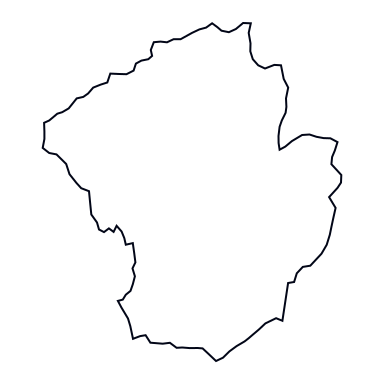 Quadra, São Paulo, Brazil (Equal Earth projection)
{"feature_id": "56859067B31751698362757", "entity_name": "Quadra", "entity_type": "district", "adm_level": 2, "iso_a3": "BRA", "parent_name": "Brazil", "parent_adm1": "São Paulo", "projection": "equal_earth", "projection_center": [-48.041, -23.303], "detail": "fine", "context": "isolated", "style": "outline", "palette": "ink", "viewbox_px": 384, "rotation_deg": 0, "n_neighbors": 0, "source": "geoboundaries", "source_scale": "gbopen_adm2", "svg_char_len": 1718}
<svg xmlns="http://www.w3.org/2000/svg" viewBox="0 0 384 384"><path d="M250.8,23.3L243.1,23.0L235.9,29.0L228.9,32.2L221.5,30.7L217.3,27.1L212.1,23.3L206.1,27.6L199.4,29.4L192.0,32.9L180.6,39.2L173.6,39.2L167.0,42.3L160.5,41.6L153.8,42.2L150.8,50.0L152.1,55.9L148.3,59.2L141.4,60.6L135.9,63.6L133.6,70.6L126.5,74.2L119.3,74.0L110.3,73.6L107.3,82.5L100.7,84.6L93.2,87.6L88.1,93.5L83.3,96.9L76.7,98.4L68.7,108.4L62.2,112.2L57.3,113.7L49.2,120.5L44.1,122.8L44.4,131.5L44.4,139.0L42.7,147.9L49.2,153.0L56.5,154.4L66.2,164.0L69.5,174.2L76.4,182.9L81.2,188.2L89.0,191.2L90.1,202.5L91.3,214.5L97.0,222.5L99.0,229.5L104.0,232.1L108.9,228.4L113.6,231.9L116.6,225.8L121.6,231.5L124.3,238.1L125.8,244.7L132.8,243.1L134.2,253.0L135.4,262.4L132.5,268.4L134.9,276.3L132.8,284.3L130.5,290.9L125.8,294.7L122.8,299.6L117.9,300.9L121.4,307.5L128.0,318.5L130.3,326.1L133.0,338.8L140.2,336.1L145.6,335.2L150.4,342.7L162.7,343.7L169.9,342.8L176.6,347.8L182.3,347.5L189.8,348.1L197.7,348.0L202.6,348.4L208.3,353.7L216.0,361.0L223.0,357.7L229.4,351.4L236.6,346.1L244.6,341.4L248.7,338.2L253.0,334.5L258.9,329.5L265.4,323.4L276.1,318.2L282.4,320.8L288.1,283.0L294.1,282.0L296.8,273.3L302.8,266.9L310.3,265.7L321.5,253.7L326.7,244.8L329.8,234.8L331.5,226.5L333.3,218.1L335.6,207.9L332.4,202.6L329.1,197.1L337.5,187.9L341.0,182.6L341.3,175.0L331.4,164.2L332.1,157.0L334.8,150.6L337.5,142.1L330.4,138.3L323.6,138.1L316.5,136.8L309.5,134.5L302.1,135.0L291.9,141.1L285.3,146.6L279.6,149.7L278.6,143.0L278.5,136.0L279.6,126.8L281.8,120.5L285.6,112.8L286.4,106.9L286.0,98.4L288.2,87.6L283.7,78.9L281.0,65.3L274.3,64.9L265.0,68.5L258.2,65.3L252.8,59.2L250.3,51.3L250.5,43.3L248.7,32.9L250.8,23.3Z" fill="none" stroke="#020617" stroke-width="2"/></svg>